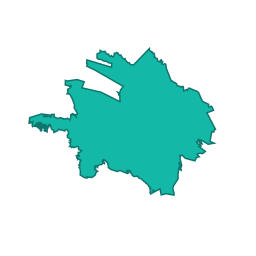 San Miguel Soyaltepec, Oaxaca, Mexico, rotated 330°
{"feature_id": "50627088B40621475737534", "entity_name": "San Miguel Soyaltepec", "entity_type": "district", "adm_level": 2, "iso_a3": "MEX", "parent_name": "Mexico", "parent_adm1": "Oaxaca", "projection": "equal_earth", "projection_center": [-96.489, 18.251], "detail": "fine", "context": "isolated", "style": "filled", "palette": "teal", "viewbox_px": 256, "rotation_deg": 330, "n_neighbors": 0, "source": "geoboundaries", "source_scale": "gbopen_adm2", "svg_char_len": 5610}
<svg xmlns="http://www.w3.org/2000/svg" viewBox="0 0 256 256"><g transform="rotate(330 128 128)"><path d="M48.1,69.9L44.7,74.4L45.0,74.6L45.7,73.4L46.0,74.6L46.6,75.0L46.8,74.2L47.7,75.3L48.5,75.1L46.6,77.6L46.5,77.1L46.1,79.1L49.0,79.4L48.2,80.0L49.9,81.1L50.2,82.6L50.8,82.3L50.4,81.8L50.8,80.7L49.4,80.7L49.7,79.8L49.7,80.4L50.9,79.8L49.3,78.6L51.8,79.2L50.5,78.0L52.7,78.9L52.8,79.7L53.6,79.4L53.1,78.7L54.4,79.0L55.1,80.1L54.1,80.6L54.0,79.6L53.5,80.9L53.3,80.5L52.7,81.1L52.8,80.6L52.3,80.1L52.0,81.3L51.6,80.9L51.3,81.8L52.1,81.9L52.0,82.7L52.2,82.0L54.1,81.7L53.2,82.2L53.5,82.3L53.1,83.0L53.6,82.9L53.2,83.4L53.5,84.3L52.9,84.0L52.8,85.1L52.6,84.4L52.0,84.6L52.3,83.4L51.7,84.4L51.9,85.0L51.3,84.3L51.5,83.6L50.9,83.9L51.3,84.7L50.9,86.6L51.3,86.7L51.3,85.3L51.7,85.7L52.7,85.3L51.8,86.2L51.7,87.0L52.3,86.9L52.2,85.9L52.8,85.3L53.6,85.3L53.6,84.5L54.5,85.0L54.9,83.5L54.0,83.5L53.9,82.8L54.1,81.9L55.0,81.2L55.3,81.2L54.6,81.8L54.5,83.1L54.9,83.0L54.9,82.3L58.4,83.7L58.3,84.6L58.2,84.0L57.6,83.9L57.6,85.6L57.0,83.3L55.7,83.5L56.9,84.2L56.9,84.7L56.1,84.3L55.9,85.0L56.1,84.4L57.2,85.5L56.4,85.7L56.6,86.4L55.4,85.4L55.3,86.0L56.3,86.9L55.6,87.6L55.1,86.9L55.1,87.5L54.1,87.6L54.7,87.6L54.7,88.3L54.2,88.4L54.5,89.2L54.9,89.2L54.9,88.2L55.7,88.0L55.6,88.9L56.1,89.6L55.6,90.2L55.9,90.9L58.0,88.1L58.7,88.0L58.2,87.5L58.1,86.0L59.3,86.1L59.2,86.5L60.3,87.1L60.7,86.0L61.3,86.6L61.8,85.6L62.3,85.9L62.2,87.2L61.2,90.6L62.4,93.1L61.6,94.8L65.6,95.2L67.4,94.3L68.4,96.0L69.4,96.3L71.7,99.0L72.4,98.2L74.0,98.6L74.7,99.5L74.0,102.9L71.8,103.9L70.9,105.9L72.3,107.9L72.6,109.6L71.4,109.6L71.8,110.5L71.0,111.7L70.0,111.2L70.2,112.8L69.7,113.9L68.3,114.7L68.9,114.9L69.4,116.7L70.5,116.5L71.0,117.7L75.4,118.8L75.6,120.2L74.8,120.9L74.6,122.1L76.5,124.4L74.0,124.9L72.7,124.3L72.1,125.5L71.9,128.0L71.3,128.0L70.7,126.4L68.8,125.9L70.4,127.2L69.9,127.9L68.8,128.0L68.8,128.4L69.4,128.3L69.1,128.8L69.6,129.4L69.0,130.0L69.5,130.0L70.0,131.3L70.7,131.4L71.1,132.5L69.2,133.5L68.2,135.4L66.9,135.4L67.0,137.4L65.8,137.8L66.0,139.4L65.0,141.9L63.1,144.8L65.6,149.4L67.3,150.7L67.8,149.1L68.1,150.7L68.8,150.6L72.1,152.8L75.7,152.5L78.6,150.2L80.0,150.4L79.0,147.7L78.3,147.3L79.1,145.9L80.0,146.4L80.4,144.6L80.9,144.5L82.0,146.7L82.5,145.4L83.2,145.9L83.9,145.3L87.1,146.5L88.5,145.8L89.3,144.5L89.6,147.0L90.1,146.9L90.2,144.9L89.3,143.6L89.7,143.2L90.9,143.9L91.0,142.7L91.5,144.2L92.2,144.6L92.4,146.5L92.8,146.5L92.8,148.9L92.2,149.4L92.2,150.8L91.2,152.5L92.5,155.4L96.9,160.3L99.7,160.7L104.7,167.1L105.9,167.1L105.3,164.5L106.1,164.2L107.0,165.0L107.4,166.5L107.8,166.3L107.6,165.7L108.2,165.8L108.4,166.6L107.9,168.2L108.4,170.0L108.0,170.9L108.7,172.8L112.3,174.6L112.4,176.7L114.0,178.7L115.4,183.0L116.1,183.4L115.9,185.0L117.1,186.8L116.7,188.2L116.6,187.9L117.1,189.4L117.6,189.8L117.2,190.3L116.8,189.9L117.3,191.4L116.8,191.2L115.7,194.2L114.9,194.6L114.6,196.4L118.3,196.5L118.5,195.4L118.1,194.5L118.8,194.4L119.0,196.5L125.3,196.7L123.3,202.6L127.9,203.8L134.3,209.1L135.3,207.4L136.4,203.1L137.1,202.1L138.7,200.7L146.0,197.0L147.8,193.6L151.4,188.8L153.0,191.2L153.4,190.4L152.9,189.3L153.3,189.0L152.6,188.0L153.0,187.2L153.6,187.4L153.5,188.4L154.1,188.4L154.1,187.9L154.7,188.3L155.5,187.0L154.9,187.2L155.0,186.6L155.4,186.0L156.0,186.4L155.9,185.5L154.7,185.7L154.1,184.6L154.5,184.0L155.1,184.9L155.3,184.4L156.3,184.6L156.3,183.9L156.8,184.0L157.7,180.5L158.8,179.1L159.2,177.8L160.4,178.7L161.4,178.7L162.5,182.9L169.5,189.9L172.5,187.8L175.3,188.5L174.7,185.7L175.3,185.1L177.5,185.8L179.8,187.4L183.3,187.0L180.2,179.5L182.2,180.1L181.8,178.3L180.6,176.6L180.4,174.3L181.7,174.5L182.7,175.7L183.0,178.0L184.2,178.9L184.5,176.0L183.6,174.2L182.7,173.4L183.2,172.9L186.0,176.1L189.3,182.2L195.0,184.2L192.3,180.6L198.8,173.0L200.2,174.4L201.5,173.1L202.1,173.0L202.2,173.5L202.4,172.6L203.1,172.8L203.9,154.3L210.9,155.4L211.3,151.3L210.9,150.6L208.5,150.4L208.6,149.2L209.7,147.9L205.8,142.1L206.8,132.8L206.4,131.1L200.8,123.9L198.1,124.9L198.2,124.1L194.7,123.8L196.6,119.9L196.0,119.2L194.1,119.0L193.9,118.1L191.7,115.8L192.2,114.3L191.4,112.0L190.4,111.5L190.0,109.6L189.0,108.8L191.0,95.3L192.6,91.7L191.9,90.7L190.4,90.5L189.3,89.3L190.0,88.7L189.7,88.0L191.1,88.0L190.7,86.7L191.0,85.7L189.9,85.5L189.3,86.5L188.2,86.5L187.3,84.5L188.0,82.5L186.8,81.1L186.9,79.9L186.2,79.8L187.3,78.6L187.4,77.0L187.9,76.6L187.0,76.2L187.2,74.5L186.3,74.1L186.4,73.4L185.3,71.6L186.2,69.9L164.3,76.2L162.4,74.7L161.8,73.8L161.7,72.2L160.4,71.3L159.6,67.1L160.1,66.5L158.7,66.2L158.2,63.7L158.3,61.2L156.8,60.5L156.7,58.0L156.0,56.9L154.1,57.2L153.6,56.5L151.1,59.2L150.2,58.4L149.8,57.0L148.6,57.5L147.9,55.8L148.1,54.4L146.3,52.9L146.5,50.3L143.9,49.0L142.7,46.9L141.7,48.6L138.2,48.5L136.1,52.0L136.9,53.7L139.3,55.5L140.5,57.9L142.8,59.7L144.0,62.1L146.3,63.8L144.0,67.1L126.4,48.5L124.4,51.6L124.8,52.4L123.2,53.8L128.2,61.1L144.7,89.6L140.7,91.3L138.3,93.5L137.0,92.0L137.2,93.3L136.7,94.4L137.4,94.2L137.6,94.8L134.2,101.2L122.5,83.5L108.2,70.2L113.2,66.1L108.1,60.6L98.8,56.9L97.6,55.5L95.2,59.3L98.8,63.2L99.7,62.5L99.7,63.1L98.5,64.2L95.0,64.4L93.5,67.6L92.3,67.9L93.0,68.6L93.8,68.4L94.5,69.5L94.4,74.1L93.3,81.2L91.5,83.5L91.5,89.8L90.9,90.9L89.2,90.1L88.6,92.3L87.9,90.0L88.5,89.6L87.5,88.3L87.2,88.7L86.9,87.9L86.0,88.5L85.7,87.9L85.0,87.9L84.2,89.8L81.7,91.8L81.8,91.2L80.9,90.5L80.4,89.2L79.4,89.3L76.7,88.0L76.9,87.6L75.4,86.6L75.0,85.4L71.9,84.6L69.5,81.4L70.9,79.3L68.3,77.9L67.5,79.6L66.5,80.0L65.6,78.0L63.5,77.6L60.8,76.0L60.2,75.0L61.2,75.7L62.8,75.5L65.4,77.1L66.2,78.9L66.6,77.6L60.1,72.6L48.1,69.9Z" fill="#14b8a6" stroke="#0f766e" stroke-width="1.5"/></g></svg>